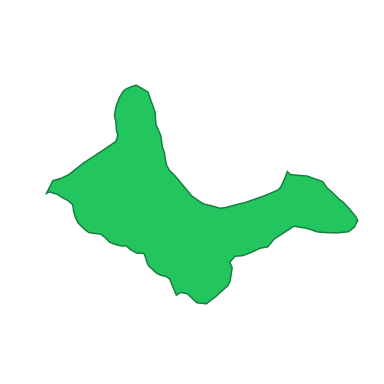 outline of Sosso-Nakombo, Mambéré-Kadéï, Central African Republic, rotated 325°
{"feature_id": "33826404B83457658124611", "entity_name": "Sosso-Nakombo", "entity_type": "district", "adm_level": 2, "iso_a3": "CAF", "parent_name": "Central African Republic", "parent_adm1": "Mambéré-Kadéï", "projection": "orthographic", "projection_center": [15.586, 3.907], "detail": "fine", "context": "isolated", "style": "filled", "palette": "green", "viewbox_px": 384, "rotation_deg": 325, "n_neighbors": 0, "source": "geoboundaries", "source_scale": "gbopen_adm2", "svg_char_len": 1449}
<svg xmlns="http://www.w3.org/2000/svg" viewBox="0 0 384 384"><g transform="rotate(325 192 192)"><path d="M281.8,229.9L277.1,233.3L267.8,238.7L264.3,239.7L259.0,238.8L247.1,236.1L230.8,231.5L218.4,226.8L210.6,224.0L205.7,221.5L201.3,215.9L195.2,209.1L192.9,204.5L189.6,195.2L187.3,168.4L186.7,165.6L185.9,161.3L186.4,156.0L188.7,150.4L192.1,143.5L193.6,138.0L198.8,127.9L201.2,115.9L205.4,109.0L207.5,105.7L211.1,92.5L213.3,84.9L210.7,79.2L207.5,72.4L204.5,71.4L197.6,69.8L193.9,70.0L186.8,72.9L183.7,75.0L179.0,78.3L172.6,84.5L169.6,91.3L165.3,98.4L163.9,102.9L158.7,106.9L142.5,106.7L120.1,106.0L101.0,107.1L92.7,105.7L84.5,102.9L72.0,109.7L75.3,110.2L80.2,116.4L83.0,123.2L85.4,127.7L87.0,134.1L84.0,139.8L82.1,145.2L80.9,151.8L82.6,161.0L84.2,166.0L88.7,170.3L92.9,174.0L94.8,179.5L95.8,186.1L100.0,192.2L104.2,196.7L107.1,197.9L108.5,203.8L111.8,210.4L117.4,214.7L116.5,218.7L114.9,223.2L114.1,227.7L116.5,238.3L118.9,242.6L122.2,245.9L123.8,250.4L120.0,267.6L124.8,267.6L129.7,272.4L132.5,285.6L139.6,291.8L145.0,291.5L151.4,291.3L158.0,290.3L167.2,289.4L172.2,286.8L181.4,277.1L182.8,271.2L190.3,269.3L197.2,273.3L204.7,275.2L215.6,277.1L222.6,280.4L232.5,277.6L255.9,278.5L265.1,287.5L272.2,297.0L280.7,303.8L287.8,309.0L297.2,314.2L304.5,314.0L311.3,310.4L312.0,306.4L311.3,296.5L309.9,286.8L308.3,282.1L306.8,273.3L305.0,266.5L305.0,258.4L295.3,244.8L282.7,234.4L281.8,229.9Z" fill="#22c55e" stroke="#15803d" stroke-width="1.5"/></g></svg>